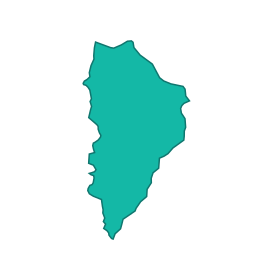 the district of Ouanda-Djallé, Vakaga, Central African Republic, rotated 242°
{"feature_id": "33826404B28698929649290", "entity_name": "Ouanda-Djallé", "entity_type": "district", "adm_level": 2, "iso_a3": "CAF", "parent_name": "Central African Republic", "parent_adm1": "Vakaga", "projection": "natural_earth1", "projection_center": [22.364, 9.073], "detail": "fine", "context": "isolated", "style": "filled", "palette": "teal", "viewbox_px": 256, "rotation_deg": 242, "n_neighbors": 0, "source": "geoboundaries", "source_scale": "gbopen_adm2", "svg_char_len": 1366}
<svg xmlns="http://www.w3.org/2000/svg" viewBox="0 0 256 256"><g transform="rotate(242 128 128)"><path d="M36.9,62.7L40.7,67.0L41.1,68.7L42.5,74.1L45.9,77.3L49.8,80.8L51.4,95.3L53.3,97.4L57.0,104.5L58.7,112.3L64.9,116.1L68.7,122.9L72.7,124.9L76.7,129.1L78.1,136.2L86.6,141.6L86.2,146.6L86.6,151.3L89.3,158.4L91.1,171.6L94.4,173.8L98.9,176.3L101.5,179.2L109.5,182.7L116.0,182.1L120.5,183.6L122.5,186.0L123.5,189.0L123.1,195.0L129.1,194.0L132.0,195.2L135.5,196.6L138.9,196.1L146.9,186.5L152.8,181.6L157.6,179.5L173.0,179.5L186.7,172.9L196.2,171.0L201.3,172.7L203.3,171.9L204.9,168.2L204.5,161.1L205.2,152.9L207.2,150.3L219.1,139.7L214.6,136.0L207.9,131.7L204.8,130.3L200.5,124.7L195.0,119.8L191.1,118.4L190.1,114.8L189.9,111.5L188.5,109.4L187.2,109.2L185.4,111.0L182.8,111.8L179.4,112.1L172.7,110.0L170.9,109.4L169.2,107.0L164.2,106.0L161.3,103.2L155.6,98.2L145.5,102.1L143.4,102.4L140.9,101.1L137.1,100.5L134.3,100.6L132.9,99.5L131.4,96.2L130.9,92.5L130.9,90.3L129.0,88.6L125.5,87.6L122.0,87.0L123.2,81.6L115.3,76.7L111.4,80.0L106.2,80.2L105.1,78.0L105.5,75.3L106.1,72.5L104.1,73.4L102.1,75.3L99.8,74.6L95.9,71.5L94.9,69.7L95.2,67.4L93.3,64.4L91.6,63.1L88.1,63.0L84.0,65.4L77.3,71.0L70.7,68.6L67.6,67.7L64.8,65.9L59.4,65.2L56.9,62.3L53.7,63.1L50.7,59.4L47.3,61.2L44.5,61.7L42.2,60.9L38.2,61.6L36.9,62.7Z" fill="#14b8a6" stroke="#0f766e" stroke-width="1.5"/></g></svg>